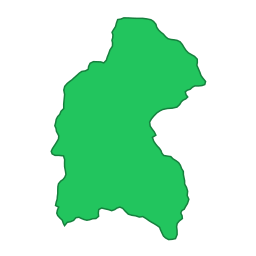 Fronteira dos Vales, Minas Gerais, Brazil (Albers equal-area conic projection), rotated 92°
{"feature_id": "56859067B67250992037415", "entity_name": "Fronteira dos Vales", "entity_type": "district", "adm_level": 2, "iso_a3": "BRA", "parent_name": "Brazil", "parent_adm1": "Minas Gerais", "projection": "albers", "projection_center": [-40.829, -16.89], "detail": "fine", "context": "isolated", "style": "filled", "palette": "green", "viewbox_px": 256, "rotation_deg": 92, "n_neighbors": 0, "source": "geoboundaries", "source_scale": "gbopen_adm2", "svg_char_len": 2620}
<svg xmlns="http://www.w3.org/2000/svg" viewBox="0 0 256 256"><g transform="rotate(92 128 128)"><path d="M156.5,202.9L157.9,200.0L157.8,195.9L158.1,191.5L161.8,190.2L165.3,190.2L168.9,190.0L173.3,189.0L176.6,188.4L179.5,189.5L181.8,191.2L183.5,193.5L186.2,195.5L188.9,196.0L192.4,196.0L196.0,195.9L198.8,196.2L201.6,196.3L204.4,197.1L208.0,197.7L209.5,194.5L212.5,195.7L215.6,196.2L217.9,195.2L220.3,192.9L222.4,190.5L225.5,189.3L227.8,188.0L224.4,185.4L223.6,182.0L222.2,179.1L219.5,177.0L218.9,173.9L220.0,171.5L221.0,168.7L221.6,165.9L221.0,163.1L219.9,160.2L219.6,156.9L217.3,154.3L213.9,154.7L210.5,154.4L208.9,151.6L209.7,147.6L210.2,144.8L211.2,141.4L210.0,138.4L208.5,136.4L207.3,133.4L208.5,130.4L211.2,127.9L214.1,124.7L215.1,121.0L215.5,117.3L216.6,113.6L216.0,110.1L217.9,106.7L219.9,103.7L221.4,101.1L222.6,98.7L224.3,95.7L226.2,92.9L228.5,92.0L231.5,90.5L234.7,88.8L236.5,86.7L238.1,83.5L237.7,79.9L236.9,76.7L232.8,75.2L228.7,75.4L224.9,76.0L221.7,75.5L219.0,73.4L216.6,70.5L213.8,70.9L211.1,72.3L208.6,71.3L207.2,69.0L204.9,67.9L201.5,66.0L197.1,64.7L193.5,66.5L189.1,66.2L185.3,67.5L182.1,69.4L178.6,69.6L175.8,70.3L172.7,71.0L169.4,71.2L166.8,73.0L163.4,74.4L160.9,76.2L159.0,78.9L157.3,81.9L155.1,84.2L154.7,87.7L154.2,91.4L152.0,93.3L149.6,94.2L147.1,96.0L145.1,98.1L143.0,99.9L140.4,101.8L136.5,103.3L134.2,99.9L131.0,101.6L128.3,103.8L125.4,105.9L121.3,106.6L118.1,104.9L115.2,102.7L111.9,99.7L109.8,96.8L108.3,94.0L107.1,89.3L106.6,84.3L105.4,79.8L102.8,77.2L99.9,75.6L98.1,73.7L96.9,71.3L94.9,69.4L92.7,71.2L89.8,72.0L88.2,70.1L87.1,67.2L85.0,65.1L83.6,62.7L83.5,59.1L83.0,55.5L81.9,52.8L78.8,52.1L75.6,54.9L73.0,56.9L70.1,58.0L66.2,59.8L62.9,61.4L60.1,61.0L56.8,61.2L54.1,64.0L52.5,67.1L50.8,70.3L48.5,72.7L45.6,74.8L42.6,76.7L40.0,79.0L38.7,82.0L38.3,84.8L38.0,88.3L37.4,91.1L35.5,93.6L32.9,96.0L31.3,98.3L29.0,100.9L26.2,102.9L23.4,103.7L20.6,106.2L19.0,108.9L18.3,113.0L17.9,117.0L18.0,120.4L18.1,123.4L18.1,127.0L18.0,131.4L18.1,136.1L19.4,139.0L20.0,142.1L23.4,143.2L27.1,144.0L30.3,145.9L32.9,147.3L35.5,146.3L38.3,146.4L40.9,147.1L43.4,146.4L46.8,146.4L50.6,148.7L55.0,150.1L57.6,151.1L61.0,152.0L63.8,154.5L62.9,157.5L62.9,164.9L64.6,168.1L67.8,169.5L70.7,169.8L72.4,172.6L73.1,176.2L74.9,178.6L76.9,180.6L79.6,183.5L81.9,185.8L83.5,187.9L85.6,190.3L88.6,192.7L92.3,193.5L96.8,192.5L101.4,192.8L106.6,193.1L110.8,192.9L113.6,195.5L116.8,196.7L119.1,198.7L121.8,200.0L125.2,200.5L128.3,201.2L131.0,199.9L133.8,199.4L136.1,198.1L138.3,196.9L141.4,197.1L144.4,198.7L146.7,200.0L148.8,201.3L151.3,202.8L154.0,203.9L156.5,202.9Z" fill="#22c55e" stroke="#15803d" stroke-width="1.5"/></g></svg>